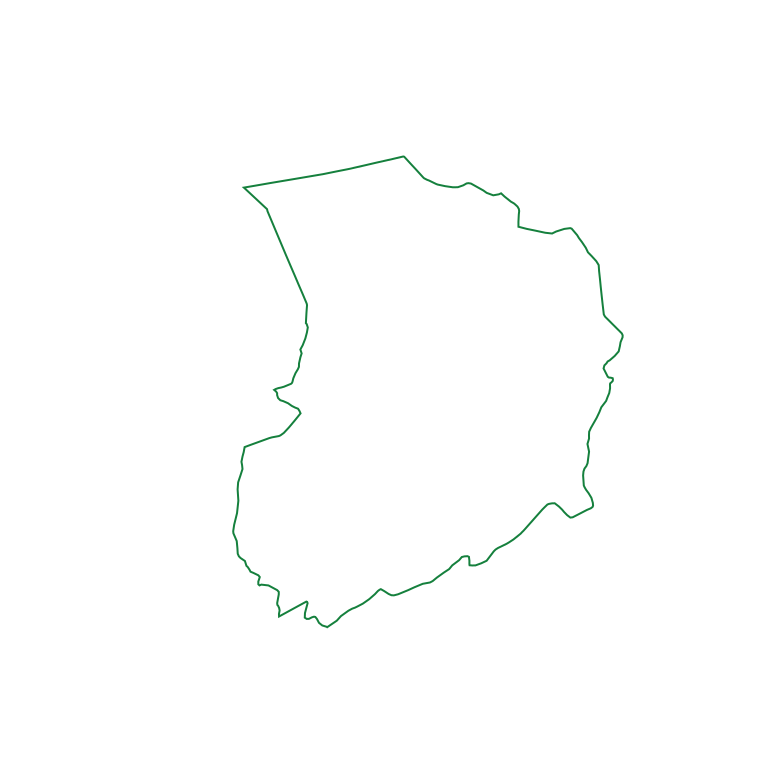 an SVG outline of Ethiopia, rotated 223°
{"feature_id": "ETH", "entity_name": "Ethiopia", "entity_type": "country or territory", "adm_level": 0, "iso_a3": "ETH", "parent_name": "Africa", "parent_adm1": "", "projection": "equal_earth", "projection_center": [38.934, 9.154], "detail": "fine", "context": "isolated", "style": "outline", "palette": "green", "viewbox_px": 768, "rotation_deg": 223, "n_neighbors": 0, "source": "natural_earth", "source_scale": "50m", "svg_char_len": 3790}
<svg xmlns="http://www.w3.org/2000/svg" viewBox="0 0 768 768"><g transform="rotate(223 384 384)"><path d="M219.0,538.7L218.5,537.9L215.7,535.0L213.1,531.0L211.5,526.7L210.0,523.1L209.2,515.2L207.3,510.3L205.4,504.3L202.7,492.9L201.4,489.0L199.2,486.4L196.8,483.9L194.3,478.9L187.9,474.4L185.4,470.9L181.1,464.9L180.0,461.9L179.7,458.9L178.4,456.0L176.0,452.9L168.6,446.0L166.6,445.2L163.9,444.4L160.0,443.7L154.7,442.2L150.2,439.5L148.1,437.6L147.6,436.3L148.0,434.1L149.7,430.3L152.9,421.3L155.1,415.2L156.6,413.4L160.7,413.0L164.9,413.2L168.1,413.6L172.5,413.7L177.8,413.2L179.9,411.1L181.6,408.8L182.3,407.3L182.5,403.3L182.6,400.1L182.3,387.8L182.1,380.3L181.9,371.7L182.0,369.9L182.0,367.7L183.3,358.6L184.6,353.3L185.4,350.6L188.8,341.8L189.5,339.0L189.6,336.5L188.4,324.7L190.6,319.2L193.4,313.7L195.8,311.4L197.8,309.8L198.7,310.5L201.0,313.0L204.0,315.5L205.5,315.0L207.6,312.8L209.1,310.5L208.9,306.4L210.4,297.9L210.1,293.1L211.6,287.0L213.3,278.5L214.0,273.1L215.0,270.2L219.4,264.3L223.2,255.9L225.7,249.8L230.3,239.8L232.6,236.2L234.5,234.6L237.4,233.6L242.6,232.7L246.4,231.8L246.9,230.6L247.3,228.5L247.3,224.1L248.1,216.4L249.7,208.9L251.7,203.2L252.7,200.6L254.0,198.1L255.4,193.9L257.2,184.9L257.1,178.7L259.7,167.4L260.2,167.4L264.5,165.3L268.7,165.0L272.7,166.4L275.3,166.8L276.5,166.1L277.6,164.2L278.7,161.1L280.3,159.5L282.6,159.1L285.6,162.6L290.4,171.6L291.6,172.2L292.4,171.9L294.8,164.7L296.7,159.0L300.2,148.4L302.2,142.4L304.0,144.2L305.9,147.2L308.0,148.7L310.2,149.6L311.3,149.7L312.7,150.9L317.5,158.4L319.2,160.2L321.5,160.4L331.1,157.9L336.9,153.6L337.7,151.8L339.3,151.8L341.2,153.8L342.0,155.6L343.2,158.1L345.4,158.4L350.9,156.7L353.6,155.7L355.9,156.5L358.8,157.2L360.6,157.2L365.0,159.7L370.2,158.9L372.6,159.0L375.2,160.1L379.3,164.0L384.6,168.7L392.3,172.1L393.9,173.5L397.6,178.9L403.4,189.3L410.9,199.3L419.2,207.1L423.6,212.6L426.6,219.2L429.5,225.3L432.5,227.9L435.2,229.9L438.1,234.6L440.1,238.4L442.9,242.8L439.9,248.8L435.8,256.8L431.0,266.2L429.6,268.5L425.4,274.2L424.7,275.8L423.9,279.9L423.9,287.3L424.4,296.8L425.0,305.6L427.3,306.6L430.0,307.3L433.0,306.1L436.5,305.1L441.0,304.5L445.9,302.8L448.8,301.4L451.9,301.5L454.6,303.0L455.9,304.4L457.8,304.9L460.3,304.8L459.8,306.4L458.5,308.9L456.8,311.3L455.3,313.8L452.1,320.8L452.0,321.7L452.4,323.1L454.2,326.3L456.1,331.5L457.1,336.2L457.9,338.5L460.2,341.1L463.4,346.6L465.1,350.2L468.7,352.2L469.9,356.9L472.6,363.7L475.5,369.1L478.3,373.4L481.4,375.1L482.6,375.2L489.2,383.1L494.1,389.2L495.4,390.1L504.3,394.1L514.6,398.6L522.9,402.3L533.4,406.9L543.8,411.5L553.6,415.9L567.2,422.0L578.3,427.0L587.0,430.9L588.8,432.1L599.2,432.1L609.7,432.1L620.4,432.1L612.7,442.2L604.0,453.7L594.8,465.7L588.9,473.4L579.5,485.7L571.7,495.9L563.7,507.1L556.4,517.2L546.9,531.2L540.8,540.3L531.1,554.5L525.1,563.5L524.2,564.0L515.5,563.3L507.0,562.7L496.2,561.8L495.0,561.8L491.8,562.7L489.9,563.5L482.1,565.9L480.7,566.5L474.2,570.4L467.7,574.9L464.2,578.3L461.5,583.4L460.4,587.0L459.2,588.5L457.1,589.9L443.3,593.3L439.3,593.8L432.8,596.5L429.4,601.0L428.4,603.3L423.7,603.3L415.6,603.9L412.2,604.7L410.5,604.8L407.4,604.8L404.8,604.0L403.1,602.7L401.0,599.9L396.3,594.3L392.9,590.7L385.4,594.8L378.7,598.9L369.2,604.6L363.7,608.7L362.1,612.9L357.9,620.4L354.1,625.0L352.7,625.6L344.2,624.6L341.1,623.7L336.0,622.8L329.2,621.2L324.6,619.4L319.7,619.2L312.5,618.6L308.1,617.4L303.6,613.2L297.8,608.2L291.9,603.0L285.8,597.7L278.6,591.5L270.7,584.8L268.9,584.2L268.1,584.0L259.5,583.7L250.6,583.4L244.6,583.2L242.7,582.4L241.4,580.9L239.5,575.9L237.2,572.4L234.6,567.9L234.4,561.8L235.1,555.2L235.8,553.0L235.4,550.9L235.5,547.9L234.0,545.1L225.3,541.9L223.9,542.1L222.4,543.3L220.7,544.2L219.6,543.4L218.8,542.2L218.8,540.2L219.0,538.7Z" fill="none" stroke="#15803d" stroke-width="2"/></g></svg>